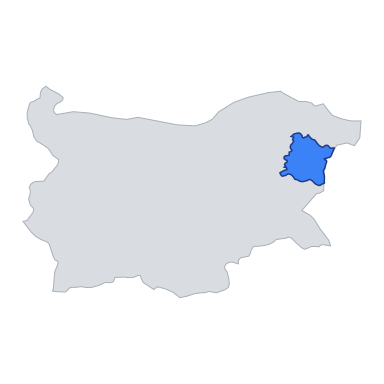 where Varna sits in Bulgaria
{"feature_id": "BGR-2260", "entity_name": "Varna", "entity_type": "Province", "adm_level": 1, "iso_a3": "BGR", "parent_name": "Bulgaria", "parent_adm1": "", "projection": "equal_earth", "projection_center": [27.58, 43.197], "detail": "fine", "context": "in_parent", "style": "filled", "palette": "blue", "viewbox_px": 384, "rotation_deg": 0, "n_neighbors": 0, "source": "natural_earth", "source_scale": "10m", "svg_char_len": 3539}
<svg xmlns="http://www.w3.org/2000/svg" viewBox="0 0 384 384"><path d="M330.6,245.9L323.2,244.7L320.7,245.0L319.0,246.8L315.6,246.5L311.4,246.5L307.0,248.5L304.5,249.3L301.3,247.5L295.2,241.9L291.5,238.1L288.7,237.1L286.0,238.2L276.1,239.5L273.8,241.8L269.2,244.3L264.6,245.5L258.0,246.3L254.5,246.2L252.6,247.4L250.9,251.1L249.8,254.6L248.8,256.1L240.6,257.8L238.8,259.9L238.3,261.9L238.4,263.9L231.9,261.9L226.8,263.2L225.6,264.8L224.5,267.0L225.1,269.3L227.0,271.6L228.7,277.8L229.3,284.0L228.2,287.5L224.4,290.0L216.5,292.8L209.0,291.4L205.7,292.5L200.1,292.9L194.9,293.6L186.9,296.2L179.8,297.7L173.4,292.5L165.8,289.0L157.9,286.9L155.1,288.4L153.8,289.6L147.2,285.0L144.2,283.4L142.8,281.7L140.1,275.6L138.5,275.4L132.9,277.6L127.6,277.5L124.4,277.1L114.9,277.4L113.5,281.5L112.4,282.2L110.3,282.7L105.2,282.5L98.7,285.5L91.7,287.4L86.3,287.5L80.8,286.6L77.4,287.2L70.2,287.5L65.5,292.0L58.4,291.8L52.4,291.0L53.2,289.6L54.8,271.8L57.9,263.9L57.9,262.2L57.3,261.0L54.7,259.7L52.9,255.4L49.2,244.2L47.1,241.9L40.9,239.5L35.6,236.3L31.1,232.0L23.0,221.4L27.3,220.4L28.6,218.2L33.0,212.4L33.6,209.6L33.2,208.0L30.4,205.2L28.6,199.1L30.2,193.5L30.4,190.5L29.1,187.7L30.7,184.1L33.8,182.1L35.7,181.5L43.7,181.2L48.9,174.0L52.1,171.7L55.3,167.6L56.8,166.1L58.3,163.0L58.8,159.8L52.6,155.2L50.6,151.8L47.8,148.1L44.1,145.5L36.6,141.0L33.7,136.5L32.5,130.7L30.6,126.3L28.4,123.4L28.1,121.0L27.2,118.2L27.2,112.5L29.2,105.0L30.4,102.4L33.0,101.6L40.0,97.7L40.5,92.6L41.8,89.4L44.0,87.6L46.1,86.3L49.8,89.3L58.8,94.0L63.1,97.5L62.8,99.6L60.7,101.7L56.7,103.8L54.3,106.5L53.6,110.0L54.1,112.4L56.8,114.5L73.3,111.7L89.9,113.1L112.1,117.8L126.9,119.4L137.9,117.3L158.1,121.2L176.9,124.8L195.1,125.9L205.2,123.0L212.4,119.2L218.6,111.9L233.8,102.4L248.5,97.1L267.8,92.7L280.6,91.2L282.4,92.7L298.7,101.5L306.0,101.5L311.8,103.1L314.0,105.4L315.5,106.0L323.3,103.8L326.8,108.6L332.2,115.3L341.4,118.8L349.7,120.7L352.3,121.0L361.0,120.9L359.8,137.8L354.6,145.6L346.8,143.0L336.8,145.2L331.5,154.1L328.5,156.8L325.8,159.9L324.1,171.5L323.7,190.6L319.9,193.0L316.4,193.7L301.8,210.5L310.2,215.3L313.9,218.9L320.1,228.9L328.8,240.3L330.6,245.9Z" fill="#d9dde1" stroke="#a8b0b8" stroke-width="1"/><path d="M334.3,148.0L331.3,155.5L330.6,156.6L329.6,157.3L325.9,158.2L325.3,158.6L325.0,158.7L324.4,158.7L324.4,159.2L326.3,160.6L326.7,161.1L326.6,161.9L325.6,165.0L324.8,168.4L324.5,169.0L324.0,169.5L323.6,170.0L323.4,170.8L323.5,172.4L324.3,175.6L324.5,177.0L324.2,181.8L324.5,182.9L323.4,183.7L323.0,183.7L321.7,184.2L320.6,185.2L319.0,185.5L317.4,184.9L315.9,184.2L314.5,183.2L313.3,181.8L312.0,180.6L310.6,179.8L309.2,179.4L307.1,180.6L302.4,181.7L299.7,181.2L297.3,179.7L296.0,179.6L294.8,179.2L293.2,176.6L291.0,174.6L288.4,173.8L285.2,175.6L282.1,176.2L280.7,174.7L279.9,172.9L281.2,172.0L284.4,170.3L287.0,169.6L286.7,167.9L284.2,167.1L285.7,165.9L284.5,164.5L285.4,163.0L287.1,162.1L287.1,160.4L285.4,159.8L284.0,158.4L284.2,156.7L285.4,155.8L287.3,155.6L289.1,155.2L289.2,153.9L289.2,152.1L290.7,151.6L292.0,150.5L291.3,149.3L290.4,148.1L290.3,146.4L290.8,145.0L291.9,143.9L293.8,141.2L293.1,140.3L292.5,139.7L293.1,138.9L293.7,137.3L291.1,136.5L294.0,134.0L298.3,132.9L300.4,133.5L302.0,135.6L302.4,137.3L303.7,137.9L304.3,137.6L304.7,137.2L305.8,137.0L306.9,136.6L307.4,135.2L308.3,134.9L310.1,137.4L312.2,139.3L314.2,139.7L315.6,140.9L316.6,142.6L319.3,145.7L322.5,147.3L323.6,146.9L324.4,146.0L326.0,145.3L327.7,145.4L329.2,146.8L330.3,148.2L332.2,148.1L334.1,147.9L334.3,148.0Z" fill="#3b82f6" stroke="#1e3a8a" stroke-width="1.5"/></svg>